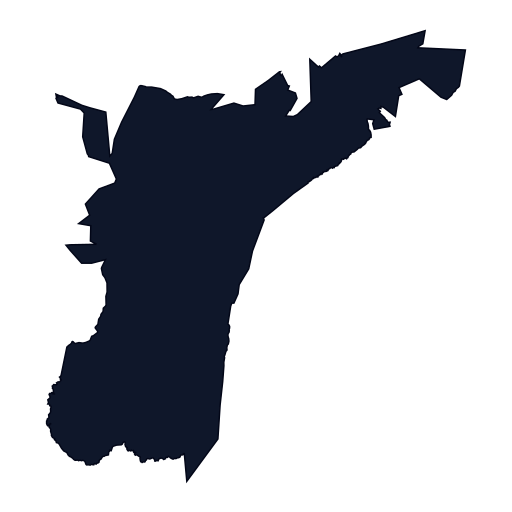 Súchil, Durango, Mexico
{"feature_id": "50627088B52283797196470", "entity_name": "Súchil", "entity_type": "district", "adm_level": 2, "iso_a3": "MEX", "parent_name": "Mexico", "parent_adm1": "Durango", "projection": "orthographic", "projection_center": [-104.169, 23.415], "detail": "fine", "context": "isolated", "style": "filled", "palette": "ink", "viewbox_px": 512, "rotation_deg": 0, "n_neighbors": 0, "source": "geoboundaries", "source_scale": "gbopen_adm2", "svg_char_len": 5888}
<svg xmlns="http://www.w3.org/2000/svg" viewBox="0 0 512 512"><path d="M223.9,94.7L217.4,93.6L211.3,94.0L207.4,94.9L203.9,96.1L202.2,97.1L201.3,97.2L198.1,96.3L193.5,97.9L192.0,97.1L188.9,97.3L187.5,96.8L181.8,98.7L177.3,99.5L175.7,99.3L174.3,98.8L172.9,96.2L171.4,95.3L170.5,94.2L167.3,92.3L165.8,91.0L160.5,88.6L151.7,87.1L146.3,87.1L145.5,86.6L141.7,85.7L140.6,85.6L140.0,85.8L139.1,86.5L134.4,97.1L121.6,122.2L114.4,139.2L112.2,153.4L109.8,156.1L105.8,112.1L89.9,107.8L81.9,105.3L62.1,96.0L60.0,95.9L55.9,94.1L56.4,96.9L56.7,96.9L56.8,95.9L57.6,96.0L57.7,97.4L56.5,97.6L56.0,98.3L58.0,103.0L80.5,109.1L84.2,113.0L82.7,136.8L87.3,153.8L88.3,155.0L88.7,156.6L109.4,163.2L116.4,179.0L114.7,183.1L99.1,188.9L85.4,204.1L89.7,215.2L78.7,223.6L90.8,225.7L90.4,241.0L96.7,244.3L70.2,244.8L66.0,245.2L70.2,250.4L81.6,263.2L91.6,263.2L105.5,259.6L101.7,267.4L101.4,268.5L102.7,274.7L104.9,277.6L107.0,282.8L107.1,292.1L105.9,296.3L106.1,305.1L105.5,306.1L103.3,308.2L103.1,311.5L101.0,314.3L100.7,316.3L98.7,319.2L97.9,324.4L95.5,326.9L95.2,327.5L95.3,328.1L97.6,331.1L97.6,332.5L93.4,335.7L91.7,336.3L90.1,340.4L89.2,341.0L85.9,342.4L83.9,342.9L82.6,343.1L79.0,342.6L75.4,343.5L74.6,343.3L73.2,341.8L72.5,341.5L72.0,341.8L71.6,343.0L70.4,344.3L68.2,345.7L67.7,346.7L66.9,347.0L61.1,375.3L60.6,376.3L59.5,377.1L60.4,378.2L60.4,379.3L61.2,379.6L61.3,379.9L59.4,382.1L59.0,382.3L58.2,381.8L56.5,382.9L57.2,384.1L56.4,384.8L53.6,384.6L53.0,385.7L52.3,386.0L52.3,386.5L52.7,387.0L52.4,388.2L53.3,389.4L53.5,392.6L54.4,393.9L54.0,394.1L52.9,394.0L52.1,392.6L51.7,392.6L51.0,393.5L49.6,393.5L49.1,394.5L50.1,396.8L49.9,398.0L47.8,399.8L48.5,402.5L47.8,404.0L48.7,404.0L49.6,404.5L49.7,405.7L50.8,406.2L51.2,406.7L50.5,409.0L50.7,411.4L50.3,412.8L48.6,414.8L49.0,417.6L47.2,419.2L47.3,420.2L46.6,421.0L46.6,423.6L47.2,425.1L47.9,425.8L49.9,423.8L50.4,423.6L50.7,423.9L49.5,425.1L49.1,426.8L49.3,427.5L50.4,428.5L50.7,429.6L50.6,431.3L51.5,434.3L51.4,435.4L52.5,437.4L54.7,438.7L54.4,439.6L55.9,440.8L56.4,442.6L58.0,443.0L59.2,444.1L61.5,448.2L63.7,450.9L66.8,452.5L68.2,455.1L69.3,456.0L69.4,456.4L70.6,456.6L71.4,457.5L72.2,457.7L73.7,459.4L75.1,460.3L77.6,460.1L78.7,460.7L79.8,460.2L81.6,460.7L82.8,460.3L84.0,460.7L84.9,461.4L86.0,464.4L86.6,464.9L88.6,464.8L90.2,465.1L91.0,464.4L93.5,464.8L93.8,464.8L94.2,463.7L94.7,463.5L96.1,464.1L96.6,463.3L98.1,462.9L98.8,462.4L99.1,461.9L99.1,460.5L99.5,460.3L99.8,459.6L100.8,459.3L102.5,456.7L103.1,456.4L104.1,456.3L105.1,455.6L108.4,454.9L108.8,451.8L109.7,451.0L109.7,450.3L111.2,450.7L112.4,447.0L113.3,446.2L116.6,445.1L121.3,444.8L122.3,444.1L123.1,442.4L124.7,441.8L125.3,442.6L125.0,444.4L125.5,446.3L126.0,447.0L127.2,447.7L126.8,448.9L127.8,450.7L128.4,450.9L129.1,450.3L130.7,450.9L131.3,450.2L132.1,450.8L133.4,450.4L133.8,450.8L133.6,452.1L133.8,452.4L135.5,452.3L135.7,452.5L134.5,454.0L135.3,455.2L136.4,454.8L137.0,455.0L140.3,457.2L140.0,458.5L140.4,460.9L140.8,461.8L141.4,461.8L142.1,462.5L143.4,461.8L144.4,462.0L145.0,461.8L145.5,460.6L146.4,459.9L146.6,459.0L147.6,458.5L149.8,459.0L152.1,458.0L153.3,457.9L154.7,459.9L154.7,461.0L155.1,461.2L156.9,460.5L158.1,460.8L158.9,458.9L161.0,458.0L162.6,458.5L163.7,459.5L165.5,458.7L165.8,457.4L166.4,457.2L167.5,457.4L168.3,456.3L169.9,457.2L170.3,457.8L172.5,459.0L173.3,459.1L174.5,458.4L175.9,458.6L177.7,457.7L178.7,457.7L179.9,457.1L180.8,455.0L182.5,454.9L183.2,454.5L183.4,453.6L184.3,453.6L186.8,481.3L217.9,439.0L220.1,405.1L222.7,381.6L223.9,365.8L223.8,362.3L224.6,357.7L224.3,356.8L224.4,355.7L224.8,355.2L225.9,351.4L227.0,350.0L226.8,347.7L227.3,345.1L228.3,344.0L228.9,341.2L228.7,338.6L228.2,337.1L227.9,335.3L228.1,333.7L229.0,332.3L229.3,330.8L229.1,329.7L229.6,328.0L229.6,326.3L228.8,324.8L227.9,324.0L230.7,306.1L231.8,303.1L233.9,303.1L238.0,293.9L239.2,284.6L248.7,268.9L252.5,251.0L264.1,220.0L263.3,217.9L263.9,217.8L273.4,210.2L293.4,193.5L308.1,183.0L308.0,181.9L309.2,181.7L309.7,181.3L309.7,180.9L310.4,180.9L311.6,179.9L312.6,178.5L313.3,178.5L313.5,177.5L314.3,177.9L315.2,177.4L315.7,177.5L316.9,176.4L317.3,177.0L317.9,176.9L317.8,176.4L318.0,175.9L318.6,175.9L319.7,174.6L320.7,174.6L320.8,173.7L322.0,174.1L322.3,173.9L322.3,172.8L323.2,172.5L323.3,171.7L323.8,172.0L324.7,171.4L325.7,171.5L326.7,171.2L326.9,170.1L327.4,170.1L327.5,170.7L327.9,170.6L328.5,169.1L328.9,168.8L329.5,168.8L330.6,167.7L331.4,167.6L332.7,168.2L333.8,167.0L334.3,167.4L334.7,166.4L337.7,165.6L338.5,163.9L339.3,163.7L339.4,162.7L340.3,162.7L341.2,161.3L341.7,159.7L341.5,159.3L341.8,158.9L343.7,159.3L343.9,158.9L343.8,158.6L345.3,158.1L346.6,158.8L347.0,158.1L347.9,157.6L348.2,156.4L349.3,155.1L349.2,154.9L350.8,153.9L350.9,153.1L351.9,152.2L354.1,151.9L357.4,149.2L358.3,148.1L360.6,147.7L362.1,146.0L364.6,144.3L365.6,143.1L365.3,142.8L365.9,142.4L367.2,140.3L368.6,139.8L369.4,138.8L369.4,138.2L369.8,137.8L371.1,137.4L371.1,134.9L370.6,132.2L369.6,130.3L368.5,129.5L368.4,126.0L367.9,123.2L367.3,122.1L367.1,120.4L367.0,119.6L367.3,118.9L374.0,119.8L372.7,123.6L374.2,129.2L390.0,126.3L390.0,126.0L389.3,125.2L390.1,122.2L388.1,122.3L387.3,121.5L386.9,120.3L385.6,119.5L384.6,117.6L379.3,112.7L380.3,111.3L377.8,108.9L379.2,108.0L380.9,108.4L380.9,106.4L383.5,107.3L395.4,116.5L398.7,95.7L401.9,94.3L399.0,87.6L419.3,78.8L441.0,97.2L446.7,99.5L451.6,95.2L453.1,92.4L455.1,91.2L456.4,88.7L458.4,87.3L459.4,86.0L465.4,50.0L417.9,47.8L418.8,46.2L422.8,43.8L425.1,30.7L380.9,44.1L343.0,53.9L341.2,55.0L341.9,57.2L340.7,55.9L340.1,53.7L339.8,53.4L338.6,55.9L337.0,56.9L335.5,56.0L321.5,67.8L319.4,66.0L318.4,67.1L309.8,59.3L311.2,101.6L297.4,114.6L293.3,116.5L285.6,116.0L289.3,110.2L290.2,110.5L297.0,98.4L295.4,93.0L287.7,90.0L289.3,86.0L287.7,85.6L282.1,74.3L281.3,75.6L280.4,75.1L279.8,72.3L280.3,71.7L279.4,71.8L268.4,80.4L255.5,89.3L255.0,104.7L243.1,106.0L233.9,103.1L213.3,109.2L211.0,109.5L223.9,94.7Z" fill="#0f172a" stroke="#020617" stroke-width="1.5"/></svg>